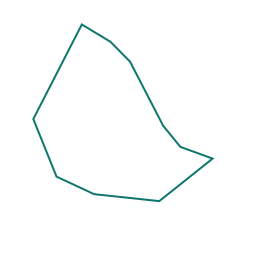 outline of Reading, rotated 25°
{"feature_id": "GBR-5699", "entity_name": "Reading", "entity_type": "Unitary Authority", "adm_level": 1, "iso_a3": "GBR", "parent_name": "United Kingdom", "parent_adm1": "", "projection": "natural_earth1", "projection_center": [-1.033, 51.451], "detail": "fine", "context": "isolated", "style": "outline", "palette": "teal", "viewbox_px": 256, "rotation_deg": 25, "n_neighbors": 0, "source": "natural_earth", "source_scale": "10m", "svg_char_len": 288}
<svg xmlns="http://www.w3.org/2000/svg" viewBox="0 0 256 256"><g transform="rotate(25 128 128)"><path d="M42.4,53.7L75.7,57.3L101.8,67.0L158.9,111.1L183.5,123.0L217.6,120.0L187.2,181.1L125.2,202.3L83.8,202.3L38.4,159.9L42.4,53.7Z" fill="none" stroke="#0f766e" stroke-width="2"/></g></svg>